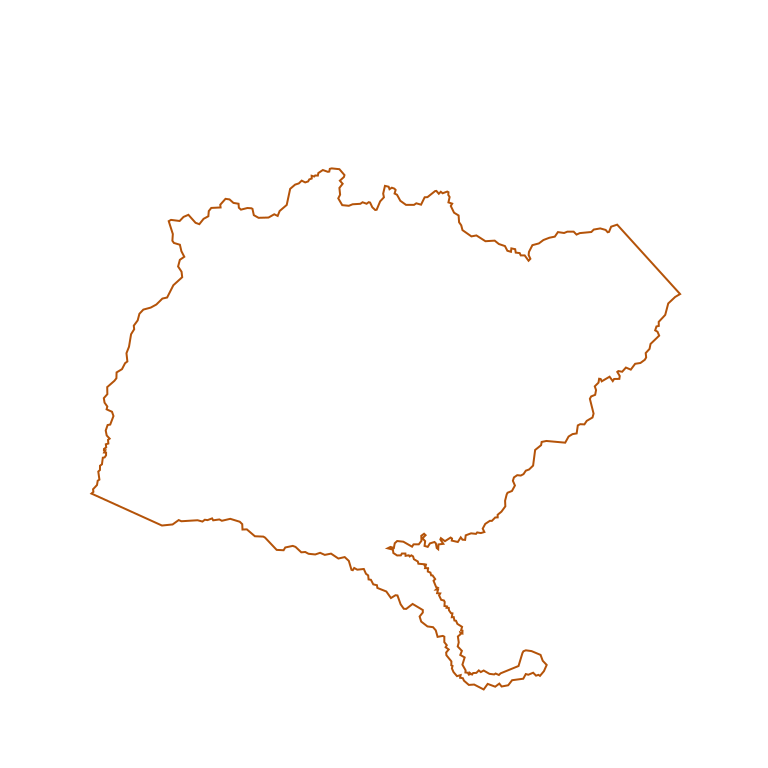 the district of Lábrea, Amazonas, Brazil, rotated 204°
{"feature_id": "56859067B73498292835260", "entity_name": "Lábrea", "entity_type": "district", "adm_level": 2, "iso_a3": "BRA", "parent_name": "Brazil", "parent_adm1": "Amazonas", "projection": "mercator", "projection_center": [-66.154, -8.383], "detail": "fine", "context": "isolated", "style": "outline", "palette": "amber", "viewbox_px": 768, "rotation_deg": 204, "n_neighbors": 0, "source": "geoboundaries", "source_scale": "gbopen_adm2", "svg_char_len": 6166}
<svg xmlns="http://www.w3.org/2000/svg" viewBox="0 0 768 768"><g transform="rotate(204 384 384)"><path d="M604.1,488.7L606.5,481.2L605.1,478.8L613.4,474.6L614.4,470.7L612.7,465.8L616.0,461.5L617.7,454.9L621.7,454.6L631.5,459.0L635.1,455.1L637.0,449.8L645.3,447.3L646.9,445.2L637.9,435.1L635.6,428.8L633.3,427.4L627.1,428.2L623.1,422.9L618.2,419.0L621.0,414.4L619.9,407.6L614.6,404.2L611.8,399.5L616.6,388.6L617.3,374.8L621.2,371.9L624.3,364.0L628.2,358.9L634.1,354.1L636.0,348.7L634.9,341.9L636.3,335.5L634.5,332.4L635.3,326.6L632.1,314.3L631.8,307.4L627.6,300.2L629.0,297.7L629.4,291.0L633.0,285.8L630.8,280.4L631.6,277.2L635.6,268.6L632.6,262.2L634.2,257.1L631.7,253.3L627.6,250.9L627.1,248.0L621.2,248.0L618.1,244.7L617.6,235.6L619.8,234.1L619.3,228.3L616.4,224.2L612.4,222.5L613.4,220.7L611.6,217.5L613.6,215.8L612.0,213.1L613.4,210.8L612.9,209.6L611.6,210.1L611.8,207.6L610.0,208.3L608.9,205.8L609.4,203.3L610.9,202.3L609.0,195.9L610.2,193.8L608.5,189.9L609.4,187.8L605.1,180.9L606.2,179.2L605.1,175.0L607.0,169.5L605.6,167.3L606.7,164.9L529.3,164.4L520.0,169.7L516.2,176.2L513.3,176.2L498.9,183.7L493.9,184.5L492.5,187.1L489.8,187.9L486.4,191.3L484.6,190.0L479.3,193.3L476.5,193.1L469.6,198.3L459.7,199.5L456.5,198.3L454.1,193.5L450.2,195.4L440.0,192.4L432.2,195.5L430.2,195.3L414.6,188.8L408.1,191.3L407.7,194.5L401.5,199.0L398.6,199.2L391.1,196.6L387.6,198.5L383.9,198.2L377.5,200.3L373.7,203.8L368.6,203.8L363.4,207.5L354.7,206.0L349.5,209.9L344.2,208.1L338.1,201.0L336.8,201.2L336.4,203.8L332.9,203.5L327.2,206.8L323.3,203.3L320.6,202.7L318.6,199.2L316.3,199.8L312.3,196.6L308.6,197.3L307.1,195.0L297.5,195.4L290.6,191.3L287.6,195.7L285.7,196.3L279.2,189.5L274.5,186.7L272.2,187.6L268.4,194.7L256.6,193.3L255.6,191.0L256.9,186.1L253.4,182.1L245.7,180.2L240.3,181.8L236.5,180.0L232.2,174.8L227.8,177.8L226.1,177.7L223.9,172.7L220.4,170.9L220.7,168.6L216.9,167.8L218.0,164.0L216.7,161.6L209.6,158.0L208.1,154.4L206.7,154.3L206.3,151.8L203.3,149.1L198.5,146.8L195.6,149.2L195.0,146.6L192.3,147.3L190.3,145.5L184.1,143.6L179.4,146.1L168.7,145.5L167.3,152.2L159.3,152.7L156.8,157.2L153.5,155.5L148.0,159.3L146.5,165.5L136.9,171.4L136.5,176.7L133.9,177.1L130.3,180.9L126.5,179.4L124.6,181.1L122.8,180.8L121.1,186.7L121.1,193.5L126.4,195.7L130.8,200.2L140.6,200.0L146.1,198.4L147.9,196.6L148.1,194.6L146.4,181.1L159.8,167.1L160.7,164.9L164.3,164.9L165.2,163.5L169.8,162.1L176.4,162.8L178.4,160.2L180.9,160.9L182.1,157.7L185.0,156.2L185.4,154.4L187.8,154.9L187.2,154.0L188.3,153.0L189.9,154.3L192.3,153.6L193.0,155.6L198.2,159.5L199.1,167.0L204.1,167.5L204.3,171.9L209.9,174.2L210.6,178.3L213.8,183.4L212.2,186.8L213.2,188.0L210.9,188.0L212.0,190.6L213.4,190.4L213.9,193.9L219.4,194.7L221.9,197.0L223.5,196.6L225.5,199.4L227.2,198.5L228.2,202.3L229.6,201.9L232.6,203.7L233.8,205.8L235.8,205.0L236.0,206.4L238.5,205.8L239.9,209.6L241.2,210.6L244.0,210.1L247.7,213.3L247.5,215.5L250.4,214.5L251.0,218.2L252.9,217.3L252.0,219.7L253.8,219.7L258.7,224.4L257.9,226.6L261.8,228.9L263.1,228.4L264.9,230.6L267.7,230.5L268.9,233.3L268.0,234.0L271.6,232.5L272.2,236.1L273.2,235.9L272.9,234.6L274.2,235.6L279.5,233.8L280.9,235.6L285.4,236.1L287.3,238.3L289.3,238.6L290.4,236.9L291.7,237.6L294.4,235.8L295.5,237.8L298.7,236.4L298.9,234.3L302.3,232.7L306.7,233.4L308.5,236.3L313.8,235.4L311.8,237.8L308.3,238.2L309.4,242.9L308.1,245.9L302.2,247.8L292.2,246.8L291.8,249.5L287.0,251.7L286.0,256.0L288.2,260.5L286.5,263.5L284.5,262.8L286.1,258.7L282.5,257.2L281.1,252.6L277.8,253.0L277.2,257.1L273.6,260.2L271.8,259.5L269.1,255.6L267.3,255.1L269.0,259.6L264.8,262.1L269.3,264.9L269.3,266.3L264.4,265.2L260.7,270.8L259.0,270.5L258.4,268.5L252.3,269.7L251.5,275.1L249.0,273.7L246.5,274.6L247.8,279.0L243.7,283.0L239.0,284.5L238.5,286.3L234.9,287.2L232.1,289.6L235.0,292.0L234.6,297.4L231.6,302.1L229.8,302.8L228.1,307.3L225.9,308.4L227.0,310.8L224.8,315.1L223.4,321.6L225.9,326.6L227.0,333.0L226.9,334.9L223.6,338.3L223.1,344.5L226.9,348.0L227.3,351.5L225.2,354.9L221.8,356.0L219.9,358.4L219.2,362.5L216.7,364.9L214.6,370.1L219.1,385.2L215.6,392.0L216.4,395.2L212.5,398.0L194.6,404.1L194.0,411.1L191.4,414.9L187.9,417.2L190.1,425.0L188.4,427.1L184.5,428.6L183.8,432.8L179.9,438.2L180.5,442.2L189.9,454.2L189.7,456.9L186.7,460.0L187.8,464.7L190.5,467.6L188.6,472.5L189.6,476.3L188.1,476.7L186.2,475.0L180.9,482.4L176.2,479.7L175.8,482.2L171.1,484.4L171.9,487.2L175.8,489.9L175.2,491.1L171.4,492.1L169.7,497.4L164.4,497.5L162.8,504.6L158.3,507.5L155.6,512.2L155.3,514.9L157.5,518.7L155.7,524.1L156.8,529.0L152.3,540.1L155.4,543.0L158.1,543.3L158.5,547.4L156.6,548.8L158.3,552.5L155.2,561.5L157.1,573.2L153.4,582.0L150.1,586.6L235.8,624.4L240.5,620.1L240.3,614.5L241.4,613.6L244.2,614.9L249.7,614.1L255.2,610.4L256.4,607.2L266.5,601.5L268.9,598.8L272.7,600.3L278.5,597.7L280.9,595.2L286.9,593.5L287.9,588.1L292.4,584.9L296.9,580.4L299.7,575.4L304.9,571.2L305.3,563.6L304.3,560.6L301.2,557.9L302.1,555.4L307.8,558.7L311.4,557.1L313.3,558.8L317.1,557.6L319.0,560.5L322.8,559.7L321.8,556.4L325.5,555.9L329.6,559.2L336.0,558.6L341.2,560.0L349.4,555.7L360.0,557.3L364.2,554.4L374.9,556.5L378.0,560.4L381.2,562.3L384.4,568.3L389.7,569.0L395.4,573.8L395.1,576.5L399.0,576.1L400.1,581.5L402.2,582.9L403.1,585.4L404.5,585.5L408.0,582.1L410.3,582.7L411.3,580.1L414.7,581.7L415.8,581.0L420.3,572.4L422.8,571.1L423.1,562.9L428.0,562.2L429.4,559.9L436.8,556.6L443.6,558.0L449.1,562.2L451.8,562.3L452.3,566.0L454.0,566.7L456.7,566.5L458.2,564.2L460.0,566.1L463.7,565.4L462.2,557.6L460.0,554.5L461.8,549.3L461.6,540.2L462.8,539.4L466.6,540.7L470.5,544.1L471.9,543.9L473.2,541.6L477.5,541.3L478.9,539.0L485.8,535.4L488.6,532.5L494.9,530.4L501.3,535.0L501.1,539.1L504.5,545.0L503.2,550.1L507.0,551.8L504.8,556.8L505.1,558.8L512.1,562.1L519.5,559.7L521.0,558.5L520.4,555.8L521.6,555.0L526.9,554.6L529.8,550.0L529.2,547.5L531.7,546.5L532.1,545.2L534.8,544.8L533.6,542.3L535.5,540.5L535.7,538.2L538.0,536.1L541.9,536.3L543.4,532.6L546.3,530.0L549.1,524.1L545.7,508.0L549.7,499.6L549.5,494.3L553.3,494.4L557.2,489.1L566.2,484.8L571.6,485.3L575.4,490.5L576.6,490.6L580.4,489.2L585.6,485.1L588.3,486.0L590.2,489.5L595.2,488.2L600.2,489.8L604.1,488.7Z" fill="none" stroke="#b45309" stroke-width="2"/></g></svg>